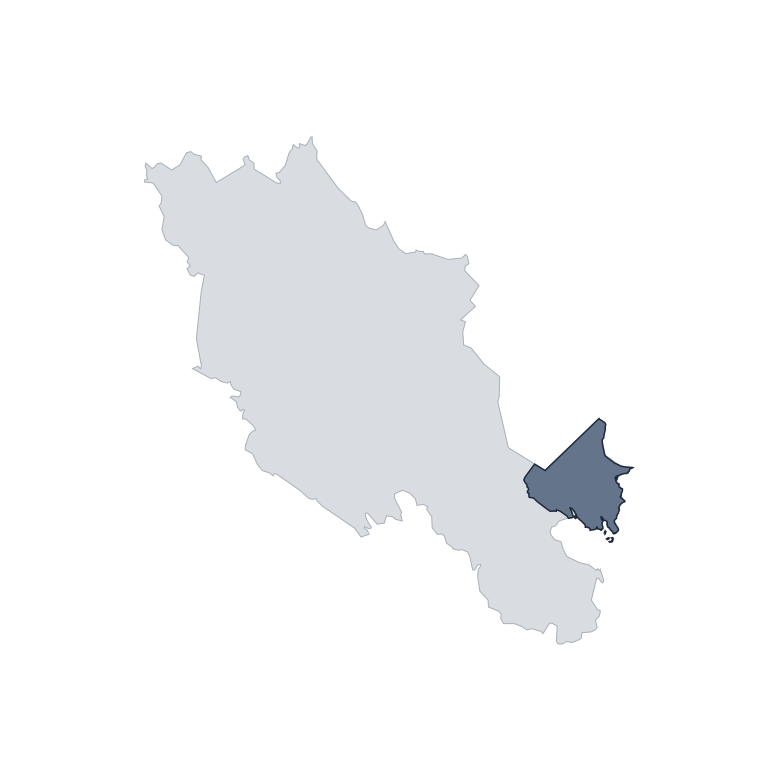 Kazakhstan, with Mangghystau highlighted, rotated 227°
{"feature_id": "KAZ-3236", "entity_name": "Mangghystau", "entity_type": "Region", "adm_level": 1, "iso_a3": "KAZ", "parent_name": "Kazakhstan", "parent_adm1": "", "projection": "robinson", "projection_center": [52.321, 43.87], "detail": "fine", "context": "in_parent", "style": "filled", "palette": "slate", "viewbox_px": 768, "rotation_deg": 227, "n_neighbors": 0, "source": "natural_earth", "source_scale": "10m", "svg_char_len": 9452}
<svg xmlns="http://www.w3.org/2000/svg" viewBox="0 0 768 768"><g transform="rotate(227 384 384)"><path d="M460.1,498.8L456.4,500.5L454.4,503.2L451.6,502.3L446.7,507.6L431.6,515.6L423.0,526.8L423.1,532.0L420.5,532.0L414.1,528.2L414.9,523.7L411.7,520.3L391.2,520.6L386.6,504.0L378.5,503.8L378.7,483.7L374.0,486.0L368.4,477.2L358.2,468.9L350.8,472.3L330.3,470.7L310.4,473.5L296.2,459.7L293.5,455.1L252.6,431.5L210.9,442.8L212.1,517.7L203.1,518.2L193.2,504.6L181.0,497.1L163.4,500.9L154.0,508.4L153.5,501.8L156.1,495.2L155.7,488.4L144.2,486.2L139.5,480.3L134.3,479.9L134.4,473.7L130.5,468.2L126.7,459.2L118.6,456.5L117.3,453.7L118.1,451.2L119.9,450.4L127.3,450.3L132.4,452.9L138.4,452.3L134.6,450.5L129.7,444.3L136.4,435.5L152.9,434.6L165.5,436.0L158.5,431.2L164.4,418.7L163.2,413.0L164.9,409.1L163.3,405.4L160.8,403.4L153.8,402.6L148.2,405.9L139.8,401.9L132.8,400.2L120.5,404.9L111.8,410.6L103.1,412.1L103.3,414.3L102.1,413.8L100.7,414.8L101.2,415.8L91.2,411.2L89.6,409.5L89.8,407.8L95.6,408.4L96.9,407.0L84.5,388.2L73.6,386.3L70.5,387.5L67.4,383.4L67.1,377.6L60.7,374.0L60.0,370.8L61.6,366.1L67.1,359.2L63.5,354.8L64.0,352.1L66.8,345.0L71.0,342.1L72.4,336.7L75.2,334.1L78.4,334.6L88.1,344.9L89.6,345.5L94.8,343.5L96.2,341.8L93.0,330.0L95.9,330.2L104.1,325.3L106.9,320.7L112.0,319.7L119.7,316.0L127.3,308.0L133.1,309.6L135.9,313.0L140.0,312.8L149.6,308.3L155.1,312.8L167.1,312.8L179.7,321.5L184.2,326.7L185.0,330.6L186.4,331.5L187.8,329.0L186.1,323.4L187.6,322.1L199.0,328.9L204.2,330.6L209.8,328.0L211.2,325.4L216.6,322.0L218.7,322.7L224.8,321.1L231.6,324.5L234.9,323.8L237.7,320.5L245.9,321.1L254.4,328.4L263.4,329.8L264.6,332.3L269.1,330.6L272.7,325.3L278.7,328.7L286.8,328.4L293.6,325.1L296.3,317.8L295.7,315.9L292.6,313.6L278.3,309.5L277.0,307.1L271.3,303.9L277.3,300.1L281.1,299.6L285.9,296.0L282.1,289.3L286.1,283.4L300.4,284.0L302.0,282.8L300.9,280.8L295.2,278.4L288.1,277.2L287.5,276.2L288.4,274.1L293.0,272.6L292.0,271.4L288.5,272.0L284.3,270.6L287.8,262.8L298.6,264.2L336.8,255.6L343.9,255.3L346.4,256.4L348.4,253.0L351.9,250.9L363.2,250.0L392.1,243.9L393.3,242.4L392.5,240.3L397.3,239.5L403.7,236.0L411.6,236.6L422.5,240.3L430.6,237.6L433.7,241.0L439.1,251.3L439.1,256.0L437.8,258.0L438.6,259.0L442.4,260.0L452.5,259.1L455.0,256.7L458.6,260.7L459.9,264.3L461.9,263.2L461.4,261.4L462.2,260.5L466.7,261.0L471.9,264.0L479.1,262.3L478.9,264.6L473.7,268.9L473.7,271.1L475.9,274.1L482.4,270.7L487.9,271.5L490.4,273.3L491.5,270.1L496.9,266.6L502.6,265.3L504.8,263.7L505.4,261.4L525.8,254.4L523.9,260.3L520.3,260.2L521.6,262.7L545.0,277.6L575.6,312.6L586.1,326.8L592.4,323.4L592.0,318.7L596.1,316.6L602.6,318.6L602.5,323.0L607.5,323.2L609.5,327.5L625.7,327.7L629.3,324.4L638.3,322.5L648.3,326.8L656.3,337.4L667.5,340.9L668.3,344.2L672.9,349.8L688.4,352.2L695.2,346.6L696.4,348.2L695.2,350.9L698.4,352.4L702.1,356.4L706.1,357.8L708.0,360.5L699.9,361.2L699.1,363.4L699.7,368.3L697.7,371.7L685.4,374.6L683.4,384.0L687.8,397.3L685.7,401.2L681.7,401.7L675.2,405.9L672.8,403.0L662.3,403.0L645.7,398.7L639.1,430.7L639.5,432.2L644.5,434.2L645.0,436.8L643.9,440.2L639.5,438.3L634.4,439.5L629.7,435.7L604.1,442.6L601.4,445.1L603.6,446.8L607.8,446.6L611.8,448.5L610.1,451.8L611.3,461.1L617.6,472.0L618.5,477.2L620.8,480.2L620.4,481.4L618.1,480.9L614.6,482.6L614.7,484.0L617.5,486.1L612.3,488.9L611.9,491.1L614.5,499.1L613.8,500.0L608.5,495.5L600.1,494.0L594.4,488.1L558.6,484.0L539.7,484.8L536.6,487.3L532.1,486.8L522.7,483.9L512.2,478.6L508.0,479.5L501.9,483.4L500.4,491.8L502.0,495.6L481.2,488.4L472.5,487.1L464.4,488.9L459.0,497.0L460.1,498.8ZM116.3,445.7L114.8,446.2L113.2,444.0L113.7,441.8L115.1,441.1L113.9,443.7L116.3,445.7ZM157.1,434.4L155.7,434.1L155.0,433.2L156.7,432.3L157.1,434.4Z" fill="#d9dde1" stroke="#a8b0b8" stroke-width="1"/><path d="M204.3,519.0L203.8,518.8L203.4,518.6L203.0,518.4L202.7,518.0L202.2,517.0L202.0,516.6L201.8,516.4L200.7,515.7L200.1,515.2L199.6,514.6L197.4,511.2L194.9,508.1L194.7,507.7L194.6,507.3L194.6,506.8L194.7,506.5L194.7,506.1L194.5,505.7L194.1,505.3L191.3,502.9L182.2,497.4L181.0,497.0L179.8,496.8L169.3,498.6L165.6,500.0L164.7,500.5L162.1,501.3L158.5,504.0L153.1,509.0L153.1,508.6L153.2,508.2L153.9,506.7L154.0,505.9L153.9,505.1L153.7,504.7L153.5,504.3L153.2,504.0L153.0,503.9L153.0,503.6L153.1,502.9L153.1,502.7L152.5,502.0L152.7,501.7L152.9,501.3L153.0,500.9L153.0,500.6L153.1,500.2L153.9,499.8L154.7,498.3L155.7,497.1L155.8,496.9L155.8,496.6L155.8,496.0L155.9,495.8L156.4,495.4L156.5,495.2L156.6,494.5L156.9,493.7L157.1,492.9L157.1,492.2L156.8,491.4L156.4,490.5L156.1,490.1L155.4,489.6L155.2,489.2L155.2,488.8L155.4,488.6L155.5,488.8L155.6,489.2L155.8,489.7L156.8,490.3L157.0,490.7L157.3,491.4L157.5,491.8L157.6,492.0L157.8,491.8L158.0,491.4L158.1,490.9L158.2,490.5L158.0,489.6L157.7,489.0L157.1,488.7L156.3,488.6L156.2,488.1L155.4,487.6L153.7,487.0L151.8,486.9L151.6,487.0L151.2,487.2L150.8,487.8L150.4,487.6L149.3,486.2L148.7,485.8L148.3,485.8L146.8,486.0L145.7,486.4L145.1,486.7L144.8,486.9L144.4,486.7L143.5,485.7L142.6,484.3L142.5,484.0L142.3,483.3L142.1,482.9L141.3,482.1L141.1,481.6L140.7,481.5L140.4,481.2L140.6,480.9L140.6,480.6L140.6,480.2L140.4,479.8L140.1,479.6L139.5,479.9L138.7,479.8L138.3,479.9L137.9,480.3L137.0,480.1L135.4,480.3L133.9,480.3L133.7,480.1L133.8,479.7L134.4,478.0L134.6,477.2L134.7,474.5L134.6,474.1L134.0,472.9L133.9,472.1L133.7,471.8L133.0,471.4L132.9,471.1L132.8,470.8L132.7,470.7L132.3,470.8L132.0,470.8L131.8,470.6L131.3,470.0L129.8,467.2L129.7,466.8L129.6,466.3L129.3,465.8L129.4,465.2L129.2,464.8L128.7,464.4L128.6,464.2L128.5,463.8L128.2,463.5L128.0,463.1L127.9,462.9L127.7,462.8L127.3,462.7L127.2,462.6L127.1,462.3L127.2,461.7L127.2,460.0L127.0,459.2L126.6,458.7L125.9,458.3L124.5,457.7L118.8,456.8L118.0,456.4L117.7,456.2L117.3,455.9L117.0,455.6L116.9,455.1L117.0,454.2L117.0,453.8L116.9,453.4L117.1,453.2L116.9,452.9L116.8,452.2L116.9,451.5L117.1,451.1L117.3,451.7L117.6,451.5L117.7,450.9L117.8,450.6L118.0,450.5L118.0,450.0L118.1,449.7L118.3,449.6L118.8,449.9L121.3,450.3L122.1,450.3L122.9,450.1L123.3,450.1L123.5,450.4L125.1,450.5L125.4,450.7L125.6,450.8L125.8,450.7L125.9,450.3L126.0,450.2L127.1,450.2L127.5,450.3L127.8,450.5L128.4,450.9L128.9,451.5L129.1,451.6L129.5,451.5L129.7,451.9L129.4,452.0L129.7,452.3L130.1,452.6L131.4,453.1L131.9,453.2L132.4,453.2L132.9,453.1L133.2,452.9L134.1,452.1L134.2,451.9L134.3,451.8L134.8,451.8L135.5,451.7L135.8,451.7L135.7,452.3L136.1,452.5L137.3,452.3L138.4,452.7L138.7,452.7L138.9,452.4L138.9,452.1L138.6,451.9L138.4,451.7L137.4,451.2L136.7,450.7L136.4,450.6L135.6,450.9L134.8,450.9L134.3,450.6L133.8,449.1L133.4,448.4L132.9,448.0L131.6,447.2L131.1,446.9L130.6,446.8L130.4,446.7L130.1,446.4L129.1,445.8L129.0,445.5L128.9,445.0L129.0,444.6L129.4,444.4L129.5,444.2L129.5,443.9L129.3,443.8L128.9,443.7L128.8,443.4L128.9,443.1L129.3,442.9L129.7,442.8L130.1,442.8L130.5,442.8L130.9,442.6L131.2,442.2L131.4,442.1L132.1,441.6L132.5,441.5L132.8,441.4L133.1,441.6L133.7,442.2L134.1,442.2L134.1,441.6L133.7,440.9L133.6,440.7L133.8,440.0L133.8,439.9L133.6,439.5L133.9,438.8L134.4,438.2L134.5,437.9L134.7,437.5L136.1,436.0L136.3,435.7L136.3,435.2L136.4,434.9L136.7,435.0L137.1,435.7L137.7,436.0L138.5,436.0L139.3,435.8L139.9,435.4L140.4,435.0L140.5,434.9L140.9,434.9L141.1,434.8L141.3,434.5L141.7,433.7L142.0,433.5L142.4,434.0L142.5,434.3L142.6,434.6L144.0,434.8L144.7,435.2L145.0,435.3L145.3,435.2L145.8,434.8L146.1,434.8L146.5,434.8L147.1,435.0L147.5,435.0L152.5,434.5L153.2,434.6L154.4,434.5L155.2,434.6L157.9,435.7L159.6,435.9L160.4,436.3L160.8,436.4L162.3,436.3L162.7,436.3L163.6,436.6L164.0,436.7L164.3,436.6L165.0,436.2L165.5,436.1L165.8,435.9L166.2,436.0L166.5,435.8L166.6,435.6L166.6,435.4L166.3,435.3L164.6,435.0L164.2,434.6L163.6,434.5L162.8,434.3L160.8,433.4L160.4,433.3L160.2,433.2L159.8,432.8L159.6,432.7L159.0,432.6L158.2,432.3L158.0,432.1L158.1,431.9L157.9,431.6L157.9,431.4L158.0,431.2L158.0,430.7L158.0,430.2L158.1,429.8L158.3,429.6L158.6,429.5L158.8,429.4L159.0,429.0L159.3,428.3L160.0,427.3L162.8,427.8L170.9,426.1L174.5,424.2L173.5,423.2L175.0,421.8L177.6,418.8L178.8,418.4L179.8,418.5L180.3,418.1L193.0,415.9L198.5,415.6L202.2,412.9L205.5,415.4L206.6,414.8L207.9,415.9L208.1,417.9L209.9,418.6L211.4,418.4L212.0,419.3L213.0,419.9L214.7,419.8L215.9,420.2L216.7,420.2L218.5,420.9L219.7,423.5L222.7,439.5L210.9,442.8L212.1,517.7L211.0,517.6L210.4,517.7L209.0,518.3L207.4,518.5L206.4,518.9L204.3,519.0ZM157.2,433.5L157.4,434.1L157.4,434.6L157.0,434.7L156.2,434.5L155.5,434.0L155.1,433.5L154.9,433.1L155.2,432.8L155.6,432.5L155.7,432.3L155.6,432.2L156.3,432.1L156.6,432.2L156.9,432.6L157.2,433.5ZM116.0,446.2L115.6,446.4L115.1,446.4L114.5,446.1L114.3,445.9L114.2,445.7L114.1,445.1L113.9,444.9L113.3,444.3L113.0,443.8L113.0,443.4L114.0,441.6L114.1,441.4L114.4,441.3L115.1,441.1L115.1,441.5L114.2,441.9L113.9,442.4L113.8,442.7L113.6,443.2L113.6,443.5L113.6,443.9L113.7,444.1L114.0,444.3L114.2,444.2L114.2,444.7L114.3,445.2L114.4,445.5L115.0,445.7L115.3,446.0L115.6,446.0L116.1,445.6L116.3,445.5L116.0,446.2ZM117.5,442.5L117.8,441.3L118.0,441.1L118.7,441.1L118.9,441.0L119.0,441.0L118.9,441.7L118.8,441.8L118.7,441.9L118.6,442.0L118.7,442.8L118.6,443.3L118.2,443.5L117.9,443.6L117.6,443.4L117.5,443.0L117.5,442.5ZM125.3,444.8L125.7,445.5L125.3,445.4L125.1,445.4L124.9,445.6L124.6,445.6L124.7,445.3L124.7,445.1L124.6,444.8L124.5,444.5L123.7,444.1L123.5,443.7L123.5,443.4L123.8,443.7L124.0,444.0L124.3,444.0L124.6,443.9L124.8,443.6L125.0,443.9L125.3,444.1L125.3,444.8Z" fill="#64748b" stroke="#1e293b" stroke-width="1.5"/></g></svg>